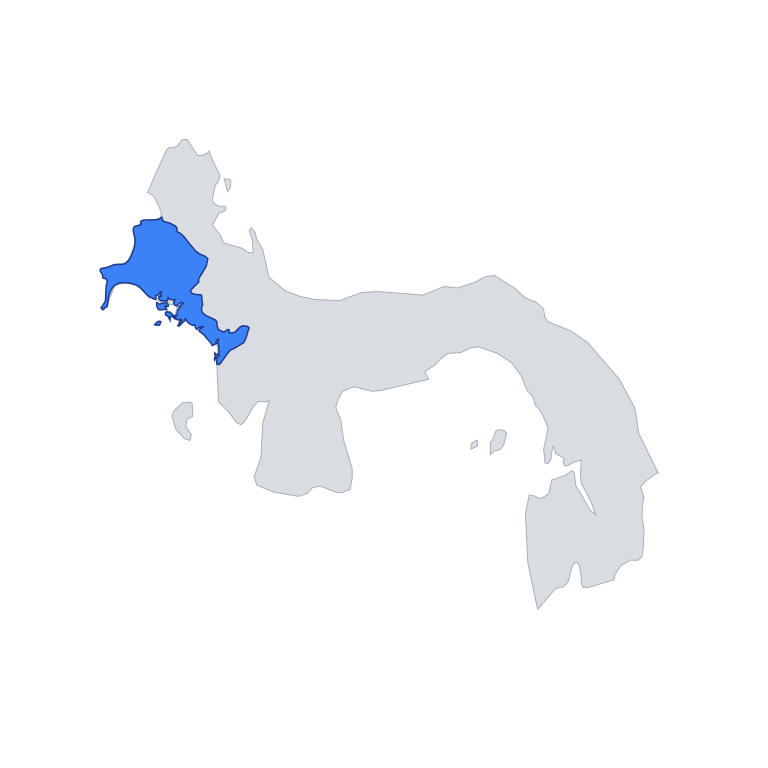 Panama, with Chiriquí highlighted, rotated 24°
{"feature_id": "PAN-1332", "entity_name": "Chiriquí", "entity_type": "Province", "adm_level": 1, "iso_a3": "PAN", "parent_name": "Panama", "parent_adm1": "", "projection": "natural_earth1", "projection_center": [-82.256, 8.459], "detail": "fine", "context": "in_parent", "style": "filled", "palette": "blue", "viewbox_px": 768, "rotation_deg": 24, "n_neighbors": 0, "source": "natural_earth", "source_scale": "10m", "svg_char_len": 6879}
<svg xmlns="http://www.w3.org/2000/svg" viewBox="0 0 768 768"><g transform="rotate(24 384 384)"><path d="M670.8,353.8L668.9,355.4L663.2,365.0L660.0,373.2L667.5,381.8L669.8,391.0L674.0,400.9L680.6,410.9L688.0,429.5L689.7,436.9L687.7,441.8L680.7,444.7L674.2,453.4L672.4,464.0L673.7,469.3L654.1,486.2L649.1,489.0L645.7,486.4L641.5,477.9L636.5,471.0L633.9,468.6L632.3,468.5L630.7,470.1L630.0,473.8L632.7,489.7L630.5,496.2L623.9,501.1L616.3,527.0L613.3,523.7L588.2,488.9L566.3,445.7L561.8,426.2L567.4,425.0L572.8,425.5L575.8,422.5L579.1,416.8L576.3,403.6L586.9,393.6L590.8,386.8L593.8,387.6L600.7,399.1L610.7,405.7L623.1,415.3L630.7,417.4L621.1,407.4L604.4,394.2L599.7,385.5L595.2,373.3L588.7,378.6L585.7,383.0L582.4,385.5L579.4,382.5L578.9,378.6L569.1,377.8L566.6,374.3L563.9,372.3L565.2,379.8L567.1,384.5L566.1,390.1L562.9,390.5L560.1,384.7L556.6,379.4L551.9,357.4L540.8,347.1L535.6,343.6L531.4,342.3L525.2,335.3L517.0,331.5L505.8,320.5L492.1,312.7L475.4,309.9L455.1,311.6L448.2,316.0L443.6,321.5L441.4,324.1L429.4,330.4L424.9,339.6L422.1,347.3L416.1,356.1L422.9,361.4L383.8,391.2L376.1,395.5L358.5,398.6L354.4,401.8L349.0,407.7L348.3,416.6L349.2,424.3L354.3,430.1L358.8,433.8L369.8,451.6L389.2,474.0L392.9,482.1L395.9,494.2L390.1,499.9L385.5,502.3L367.1,503.2L360.7,508.1L358.2,515.5L351.3,521.5L327.5,527.5L308.8,528.1L303.0,521.2L301.6,501.8L289.0,468.6L285.9,445.8L282.8,448.6L276.1,451.2L273.9,456.9L272.2,473.8L269.8,479.5L264.6,479.0L254.0,473.0L240.0,467.4L222.1,431.7L220.1,424.9L216.6,416.9L202.8,413.5L191.0,407.5L178.1,406.6L171.5,410.0L164.8,405.7L163.6,395.9L150.1,400.3L132.8,398.8L117.3,394.6L106.7,396.8L97.8,403.7L99.0,421.5L96.4,425.0L96.0,417.8L92.9,409.4L89.2,402.5L81.4,395.3L81.0,392.7L84.1,389.0L98.3,378.6L100.0,374.3L100.3,365.2L98.9,356.6L92.5,343.8L96.2,336.0L103.5,329.6L111.0,324.7L112.3,322.5L110.9,318.2L106.5,313.5L96.3,305.6L90.1,305.1L89.9,282.2L90.2,257.9L91.7,255.5L95.5,254.0L98.5,250.3L100.2,243.1L104.7,240.6L112.8,246.1L121.0,251.0L124.4,249.4L127.0,247.0L128.8,244.7L129.4,242.4L136.0,248.9L149.5,260.4L150.3,266.0L149.0,271.5L152.7,287.0L159.8,289.2L166.8,286.2L168.6,289.1L167.3,292.0L163.6,295.2L162.7,308.5L174.3,314.8L180.1,320.3L199.2,317.7L206.3,319.1L211.1,317.5L205.8,306.8L198.6,298.9L199.2,295.3L204.6,298.0L208.8,303.4L218.2,310.1L235.6,333.3L255.5,339.0L271.3,338.2L285.9,335.1L309.3,326.0L326.2,309.7L339.8,302.4L383.5,286.9L399.0,270.7L405.6,268.5L411.8,266.5L425.6,254.2L433.0,244.7L440.8,239.9L463.9,243.3L478.9,247.9L489.3,247.3L499.2,250.5L503.6,257.4L508.1,260.4L532.6,259.6L552.7,263.1L596.7,283.7L623.1,304.1L637.1,325.8L670.8,353.8ZM229.7,514.5L223.9,515.1L212.2,509.9L203.7,499.9L203.0,496.6L203.2,493.3L207.8,483.0L214.1,479.5L216.5,479.5L222.5,491.4L218.5,496.0L220.1,503.3L228.6,508.7L229.7,514.5ZM511.9,400.3L509.9,405.5L505.0,394.0L505.7,391.1L505.4,380.8L510.0,378.0L513.5,377.8L516.3,379.3L518.1,391.4L516.6,396.9L511.9,400.3ZM163.8,266.2L162.7,271.8L154.6,261.7L159.4,260.0L161.1,260.2L163.8,266.2ZM494.5,402.8L489.8,408.2L488.0,403.1L491.3,397.8L492.4,397.7L494.5,402.8Z" fill="#d9dde1" stroke="#a8b0b8" stroke-width="1"/><path d="M85.0,401.5L84.3,401.5L83.7,401.0L82.7,399.2L82.2,398.6L79.2,396.6L78.3,395.4L78.4,393.9L79.3,393.0L84.1,389.9L88.7,384.9L91.7,383.1L94.6,382.0L97.4,380.5L99.7,377.2L100.7,373.6L101.0,369.4L100.4,360.9L99.5,357.2L98.2,354.1L96.5,351.3L93.2,347.0L92.3,345.5L91.8,343.7L91.9,341.9L92.7,340.9L95.8,338.6L96.8,337.3L96.8,335.7L96.0,335.1L95.5,334.6L96.5,333.0L97.7,332.0L108.5,326.9L111.6,324.7L113.1,322.0L113.6,322.5L115.9,325.2L123.0,324.1L129.0,324.5L130.6,325.2L131.8,326.3L132.9,329.0L136.8,329.2L141.7,331.0L150.3,335.5L150.5,335.6L155.0,337.7L156.9,338.8L158.8,339.4L162.0,340.0L164.9,340.4L165.4,340.2L166.9,340.0L167.7,340.1L172.0,341.1L173.6,348.3L172.6,358.5L171.9,362.1L172.3,364.6L173.3,366.0L169.9,375.1L169.4,378.1L171.1,379.2L174.3,379.1L177.7,378.1L179.5,377.3L180.5,376.9L181.5,377.6L182.6,379.4L184.4,382.9L186.0,384.9L186.3,388.6L188.5,392.4L193.5,393.9L203.2,394.0L205.9,395.0L207.7,398.7L210.7,401.6L216.2,401.8L217.9,399.9L219.0,397.8L220.6,397.6L221.5,400.0L224.1,399.4L226.4,397.6L227.4,395.6L228.9,391.4L230.8,388.5L235.4,386.8L238.0,387.6L238.4,392.2L239.0,395.9L239.3,399.5L239.0,403.2L238.8,403.8L238.6,404.0L238.0,404.6L232.8,412.2L230.2,415.2L229.8,416.0L229.3,417.2L226.6,429.4L226.4,430.8L226.0,432.2L225.5,433.2L223.4,433.9L222.6,432.8L221.1,428.2L220.5,427.0L219.8,428.9L219.7,429.8L219.7,431.0L218.7,429.8L218.6,428.0L218.4,426.3L216.8,425.3L216.8,424.4L217.7,425.0L218.5,425.3L219.2,425.1L219.7,424.4L220.5,424.4L220.8,424.8L221.0,424.9L221.9,425.3L218.3,417.8L216.0,414.5L215.0,412.6L214.7,410.3L214.0,410.3L213.4,411.7L213.2,413.0L213.5,414.1L214.7,414.5L214.0,415.5L212.5,417.5L211.8,418.6L211.1,418.6L209.3,417.0L201.1,413.2L200.2,412.6L195.8,411.4L194.3,411.2L193.2,410.4L193.6,408.6L195.4,405.3L194.1,405.8L192.7,406.8L191.6,408.3L191.1,409.9L190.5,410.3L189.0,409.2L186.8,407.0L185.3,408.3L181.9,408.1L178.5,406.9L176.8,405.3L176.1,405.3L176.0,407.5L173.3,414.2L173.1,414.0L172.7,413.7L172.5,414.5L171.9,414.5L172.8,411.7L172.8,410.8L171.9,411.2L172.0,410.2L172.2,409.4L172.5,409.0L173.2,408.7L173.2,407.8L171.8,407.9L170.0,409.1L168.6,409.4L167.7,409.1L166.4,407.5L165.3,407.0L165.3,406.2L165.9,406.0L166.3,405.6L166.8,405.3L165.6,401.6L165.5,399.9L166.1,398.7L166.1,397.9L165.5,397.3L165.4,396.7L165.6,396.0L166.1,395.4L166.2,395.7L166.2,396.0L166.3,396.3L166.8,396.2L166.3,394.6L166.4,393.3L167.3,392.5L169.0,392.0L166.5,391.9L165.2,392.0L164.7,392.4L163.0,396.4L162.9,397.1L160.9,396.9L159.3,396.1L158.5,394.5L159.0,392.0L157.3,392.8L155.4,393.5L153.6,393.6L151.8,392.9L152.0,393.7L152.2,395.4L152.4,396.2L150.8,396.5L147.8,398.3L146.4,398.7L144.5,398.1L143.0,396.7L142.8,395.3L144.7,394.5L144.7,393.7L143.8,393.3L143.3,392.6L143.1,391.6L143.2,390.4L142.2,391.3L142.0,392.8L141.5,394.4L139.6,395.4L139.6,396.2L140.0,396.9L140.5,397.7L140.8,398.6L141.0,399.5L139.1,400.0L138.3,400.0L137.5,399.5L134.8,400.1L130.5,398.8L123.2,395.4L119.4,394.5L115.3,394.5L111.2,395.1L103.8,397.8L100.6,399.8L98.2,402.8L96.6,407.0L96.4,412.0L97.1,417.1L99.6,425.3L99.6,426.1L98.2,427.7L97.6,429.7L96.7,430.7L94.5,429.4L95.2,426.6L95.7,421.2L90.2,407.3L89.7,403.5L89.0,402.2L87.2,401.1L86.2,401.0L85.0,401.5ZM152.4,402.1L155.3,404.5L153.3,405.1L149.6,407.3L147.9,407.8L146.6,407.1L145.1,405.6L143.9,403.7L143.2,402.1L143.9,402.1L146.3,402.4L151.7,398.0L153.9,398.7L155.2,400.0L155.1,401.2L154.1,401.7L152.4,401.2L152.4,402.1ZM166.1,409.4L163.9,408.7L162.4,408.5L161.8,409.1L161.8,410.2L161.8,410.8L162.5,412.8L159.6,410.3L158.8,410.1L156.7,409.8L156.1,409.4L155.3,407.5L156.2,406.4L159.6,405.3L161.1,406.1L163.3,406.8L165.2,407.9L166.1,409.4ZM150.4,423.1L150.7,421.6L151.4,420.0L152.4,418.6L153.5,417.9L154.7,417.8L155.0,418.6L154.9,419.9L155.0,421.5L153.1,422.5L151.9,422.9L150.4,423.1Z" fill="#3b82f6" stroke="#1e3a8a" stroke-width="1.5"/></g></svg>